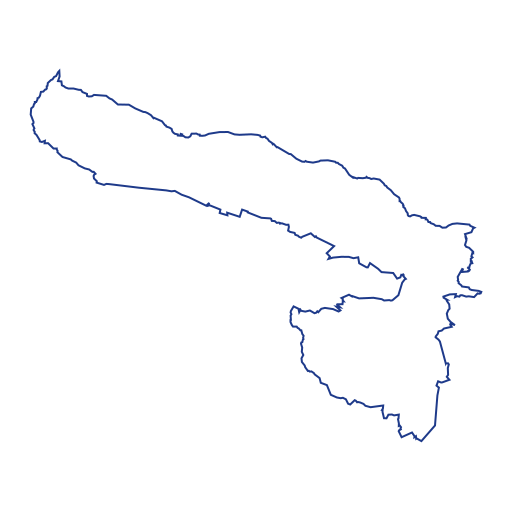 Tuxcueca, Jalisco, Mexico (Mercator projection)
{"feature_id": "50627088B64189905632307", "entity_name": "Tuxcueca", "entity_type": "district", "adm_level": 2, "iso_a3": "MEX", "parent_name": "Mexico", "parent_adm1": "Jalisco", "projection": "mercator", "projection_center": [-103.23, 20.139], "detail": "fine", "context": "isolated", "style": "outline", "palette": "blue", "viewbox_px": 512, "rotation_deg": 0, "n_neighbors": 0, "source": "geoboundaries", "source_scale": "gbopen_adm2", "svg_char_len": 6014}
<svg xmlns="http://www.w3.org/2000/svg" viewBox="0 0 512 512"><path d="M421.4,441.1L435.0,425.5L437.4,395.4L438.9,387.6L436.5,385.6L438.1,381.3L441.1,382.5L442.2,382.4L449.4,379.8L446.8,376.8L448.1,374.9L447.8,368.0L448.8,364.4L448.0,363.3L446.0,363.5L445.9,362.5L445.7,363.1L439.9,341.5L438.5,339.6L435.6,337.3L435.7,336.5L437.8,333.8L438.5,331.3L441.7,330.6L444.0,328.5L451.7,326.8L450.2,324.6L450.5,323.7L454.9,325.1L450.6,321.9L447.8,318.7L446.8,313.6L448.3,310.1L449.6,308.7L449.2,304.4L446.8,300.8L446.4,299.7L447.0,299.7L443.6,297.7L443.4,296.6L449.8,294.4L455.9,294.1L455.1,297.1L457.1,296.2L459.4,296.6L460.3,295.3L462.0,295.2L466.2,296.6L468.8,296.3L474.1,297.1L477.6,293.4L479.8,293.9L479.9,294.3L480.0,293.4L480.7,293.3L481.3,291.9L478.7,290.9L471.7,290.0L469.7,289.2L468.8,287.4L462.0,286.5L461.3,285.3L458.6,283.2L458.7,281.8L457.7,280.7L458.1,279.8L457.7,276.9L462.2,269.0L462.9,269.3L461.7,272.0L467.9,271.5L468.0,271.0L469.2,270.8L469.8,269.7L467.4,267.3L469.2,267.9L469.7,265.6L470.7,263.5L472.3,263.2L471.6,261.1L470.8,261.3L470.8,258.7L472.5,257.4L471.4,256.3L472.4,252.9L473.2,253.2L473.2,251.8L469.1,247.8L466.2,246.8L465.0,245.0L466.4,240.4L465.7,237.7L466.3,237.9L465.0,234.1L471.4,232.2L473.1,228.4L474.4,227.7L470.2,225.8L469.5,224.6L457.1,223.4L452.4,223.9L448.6,225.5L446.0,227.5L442.4,227.7L439.6,225.9L435.7,225.8L433.7,224.2L430.6,223.1L430.2,222.1L428.4,222.0L427.6,220.1L426.7,219.3L425.7,219.3L425.8,217.9L421.5,217.8L421.2,217.0L420.0,216.3L414.2,214.9L412.0,215.3L410.1,216.4L408.5,216.0L407.8,215.0L407.7,213.3L406.0,211.0L405.0,208.3L403.4,207.1L403.6,206.1L403.1,205.7L403.4,205.2L402.7,203.7L400.8,202.1L400.3,201.1L399.6,201.1L399.6,198.8L399.0,197.5L394.1,194.2L390.8,190.2L387.2,187.5L386.3,186.0L384.7,185.3L383.9,183.7L379.6,179.6L373.7,178.5L371.2,179.0L369.5,178.1L367.8,177.9L366.5,176.9L366.1,177.7L362.8,178.2L358.1,177.9L357.2,178.5L353.4,177.2L353.6,177.8L353.2,177.8L349.2,174.8L345.0,168.5L343.4,167.7L342.2,165.7L338.9,164.0L337.8,162.8L336.0,162.7L335.3,161.8L333.0,161.3L327.9,160.3L320.4,160.6L319.0,161.4L313.0,162.6L306.7,161.7L305.6,161.0L304.5,161.8L302.1,161.6L296.3,158.7L290.8,154.1L289.2,154.0L277.5,147.1L276.8,147.3L273.8,144.1L273.1,143.7L272.7,144.2L271.8,142.8L269.0,140.9L267.5,138.7L266.1,138.0L265.2,136.7L262.3,137.3L260.5,136.7L260.2,135.6L257.6,134.9L251.1,134.3L239.5,134.8L234.5,134.4L228.0,132.0L219.4,132.1L208.8,133.8L205.0,135.5L202.3,135.8L199.8,135.7L199.7,134.6L198.1,134.5L196.5,133.6L191.6,133.7L190.3,136.3L188.3,137.5L185.4,137.3L183.4,135.9L181.9,135.8L182.2,134.4L180.7,133.9L180.2,135.7L177.8,135.5L177.8,134.4L174.9,133.8L173.5,132.8L172.4,131.5L171.6,128.9L169.4,127.6L166.4,126.6L165.9,125.5L165.0,125.2L162.0,121.3L154.0,117.8L153.5,118.2L151.0,115.2L147.6,113.1L145.3,112.1L143.3,111.9L135.2,108.4L128.9,104.7L117.9,104.5L112.1,99.5L109.5,98.4L106.2,95.8L94.0,94.9L91.8,96.3L88.8,96.5L87.0,95.9L87.0,93.9L82.5,92.1L80.9,89.9L78.7,89.8L73.4,88.5L68.3,88.5L65.5,87.5L64.0,86.3L61.9,85.3L61.4,81.4L58.0,81.1L59.6,76.5L59.3,70.9L58.0,72.3L56.1,76.1L54.2,76.9L52.5,79.4L51.0,80.0L47.8,83.0L47.5,85.8L46.7,86.3L46.8,88.5L46.2,89.3L45.1,89.6L43.3,91.6L40.9,91.9L40.0,95.7L38.9,97.6L37.5,98.2L37.5,99.4L36.2,102.0L34.8,102.0L34.8,103.4L34.0,104.1L33.3,106.6L31.2,108.4L30.7,114.6L33.5,121.8L33.5,123.0L32.4,124.1L34.4,128.4L33.7,129.4L33.7,130.3L34.7,131.7L34.6,133.2L36.5,134.9L39.6,140.0L39.8,141.4L41.9,142.0L44.9,140.8L44.6,143.3L48.1,143.2L53.5,148.5L56.7,148.5L56.6,149.2L57.6,150.9L57.4,152.2L62.5,157.0L70.8,159.4L72.1,160.6L76.2,162.6L78.5,165.3L84.8,168.4L89.2,169.5L92.4,171.9L93.7,171.8L95.5,173.8L94.2,174.6L93.6,176.0L94.0,178.5L96.8,181.2L96.6,182.6L104.0,184.9L106.4,183.9L109.1,184.1L138.8,187.7L166.3,190.4L171.5,191.3L174.8,190.9L181.6,194.7L189.0,197.3L206.2,205.7L209.2,202.9L208.2,205.7L209.7,205.3L220.4,209.6L219.7,213.0L227.4,215.3L227.2,212.7L239.7,216.8L242.1,209.6L247.8,211.6L247.7,212.4L261.4,217.8L270.3,218.4L271.1,218.8L271.8,220.9L274.8,221.1L276.8,222.9L278.5,222.6L279.9,222.9L280.0,223.6L281.9,223.3L286.1,224.8L288.4,224.7L288.9,226.9L288.1,230.6L290.1,231.9L294.6,232.9L295.3,234.8L298.0,235.7L298.9,236.7L301.2,237.7L302.2,236.8L310.8,233.3L314.9,237.0L315.9,236.3L316.6,237.5L334.1,246.1L326.7,253.2L329.9,256.5L328.5,258.9L333.0,257.6L341.5,256.8L348.9,256.9L353.5,258.2L358.2,257.3L359.2,263.3L366.5,267.3L367.8,267.4L370.0,263.1L378.1,268.8L381.5,272.1L393.2,273.0L397.1,278.6L400.3,277.4L401.3,274.8L402.3,275.1L403.1,274.4L403.7,275.1L403.4,276.2L405.8,278.9L404.7,279.4L402.2,282.7L398.4,295.2L392.4,300.3L390.9,300.6L389.3,300.1L384.1,300.5L381.8,299.2L373.4,297.8L359.1,298.4L352.3,296.1L352.1,296.5L349.0,294.7L341.5,298.0L342.8,299.0L342.7,300.2L343.6,301.3L342.8,301.2L342.5,304.2L337.3,304.3L337.1,304.7L340.1,307.3L336.4,306.7L340.4,310.4L338.6,311.5L333.1,309.1L324.9,307.9L321.3,308.8L318.3,312.2L317.3,311.3L316.2,312.7L314.5,313.2L309.9,310.5L305.3,311.6L301.1,310.8L300.5,309.8L299.2,312.2L298.6,309.4L298.8,308.9L293.6,306.4L290.9,311.0L290.6,312.5L291.4,314.2L290.6,315.6L290.9,319.9L290.5,320.0L290.5,322.0L291.8,325.0L293.0,326.6L296.7,326.6L297.6,327.9L298.7,328.4L300.4,330.3L301.3,330.3L302.3,334.0L303.6,335.8L303.1,337.9L303.5,339.1L302.9,339.6L302.3,342.2L301.3,342.5L301.0,343.7L302.2,347.6L301.8,351.8L303.3,355.0L301.5,358.3L301.9,362.0L304.7,365.5L305.2,367.2L307.9,371.0L308.8,370.8L309.8,371.6L311.4,371.4L313.9,373.1L314.7,374.4L319.6,378.1L320.8,382.8L326.9,385.1L330.8,394.8L336.9,397.5L340.7,398.2L342.9,397.8L345.9,399.3L348.1,403.7L350.2,404.5L354.7,400.2L355.8,400.7L357.1,402.3L358.0,402.0L360.2,402.5L363.5,403.9L365.4,405.8L370.6,407.2L383.2,405.5L382.9,408.5L382.0,410.0L382.6,410.1L382.5,411.8L384.0,418.2L386.5,418.3L388.4,414.7L391.9,414.5L394.1,415.4L398.8,414.6L398.5,418.5L398.0,419.1L398.9,423.5L398.8,425.9L399.7,425.5L401.0,427.2L400.5,428.2L400.9,429.3L399.1,430.3L398.7,431.2L401.6,437.2L412.0,432.5L414.5,436.2L414.4,437.2L415.9,436.2L416.2,438.7L416.6,438.4L421.4,441.1Z" fill="none" stroke="#1e3a8a" stroke-width="2"/></svg>